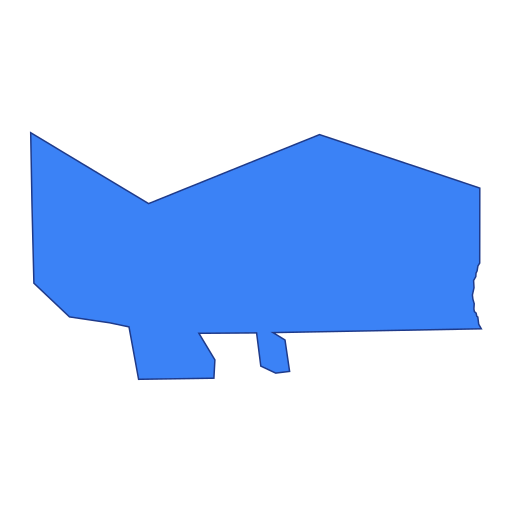 Mendi/Munihu District, Southern Highlands, Papua New Guinea
{"feature_id": "67681753B89276068446522", "entity_name": "Mendi/Munihu District", "entity_type": "district", "adm_level": 2, "iso_a3": "PNG", "parent_name": "Papua New Guinea", "parent_adm1": "Southern Highlands", "projection": "orthographic", "projection_center": [143.709, -6.035], "detail": "fine", "context": "isolated", "style": "filled", "palette": "blue", "viewbox_px": 512, "rotation_deg": 0, "n_neighbors": 0, "source": "geoboundaries", "source_scale": "gbopen_adm2", "svg_char_len": 630}
<svg xmlns="http://www.w3.org/2000/svg" viewBox="0 0 512 512"><path d="M479.7,263.1L479.8,188.1L425.3,169.8L319.5,134.6L274.8,152.6L182.2,190.0L148.6,203.6L81.0,163.0L30.7,132.7L32.0,205.1L33.9,283.2L69.5,316.9L94.6,320.6L109.7,322.8L129.0,326.9L138.6,379.3L213.9,378.2L214.9,359.9L198.9,333.3L256.6,332.9L260.8,366.1L275.7,373.1L289.6,371.4L285.0,340.0L273.0,332.6L481.3,328.8L478.7,324.2L477.8,317.0L476.8,316.3L476.1,313.1L474.4,311.6L473.9,309.0L474.2,303.7L472.9,299.2L472.4,295.0L474.0,287.8L473.6,280.5L475.8,276.6L476.0,273.2L477.1,270.9L477.9,266.0L479.7,263.1Z" fill="#3b82f6" stroke="#1e3a8a" stroke-width="1.5"/></svg>